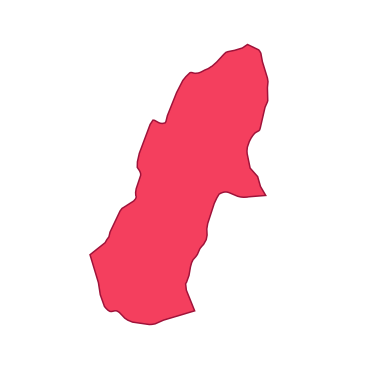 Cuscatlán, orthographic projection, rotated 53°
{"feature_id": "SLV-1345", "entity_name": "Cuscatlán", "entity_type": "Department", "adm_level": 1, "iso_a3": "SLV", "parent_name": "El Salvador", "parent_adm1": "", "projection": "orthographic", "projection_center": [-89.024, 13.859], "detail": "fine", "context": "isolated", "style": "filled", "palette": "rose", "viewbox_px": 384, "rotation_deg": 53, "n_neighbors": 0, "source": "natural_earth", "source_scale": "10m", "svg_char_len": 1705}
<svg xmlns="http://www.w3.org/2000/svg" viewBox="0 0 384 384"><g transform="rotate(53 192 192)"><path d="M239.1,135.2L229.9,149.7L229.2,151.1L227.3,153.9L225.3,156.1L222.9,158.1L214.6,162.9L213.3,163.9L212.3,165.0L211.4,166.4L210.8,167.9L210.3,169.7L210.0,171.6L211.6,175.6L214.5,181.1L226.6,198.4L230.4,202.4L235.5,205.9L238.6,209.3L240.8,214.3L241.3,217.1L242.0,219.8L245.1,225.3L245.9,227.8L246.7,231.9L248.2,234.8L250.8,238.2L256.8,244.6L260.8,250.7L261.4,252.3L267.0,255.6L288.5,261.4L277.2,291.8L275.1,300.8L273.6,303.7L272.2,305.8L260.1,317.8L255.7,320.4L252.3,321.6L244.5,322.5L242.8,323.1L241.5,323.8L240.5,325.0L239.1,328.1L238.1,329.3L236.8,329.9L235.6,330.3L232.8,330.7L230.7,330.8L218.9,327.1L208.1,321.3L180.7,311.2L180.2,291.9L178.8,288.7L177.8,285.3L174.7,281.6L163.9,260.9L163.0,257.8L164.1,244.0L163.5,241.2L162.4,239.5L160.8,238.9L158.4,237.3L155.8,234.6L147.9,223.1L146.7,222.1L145.2,221.5L143.4,221.1L139.4,220.9L135.0,217.4L129.4,210.8L112.8,184.7L111.1,179.9L112.2,178.8L116.7,176.8L118.3,175.7L119.5,174.3L120.6,172.0L120.1,170.5L116.2,165.7L103.3,144.4L97.4,132.2L96.2,127.4L95.5,121.9L95.9,120.9L96.8,120.0L98.0,119.1L99.1,118.1L100.7,115.5L101.3,113.9L101.7,112.2L102.3,108.4L103.2,104.9L103.4,102.3L103.4,101.6L103.6,100.4L103.1,94.2L101.2,83.7L100.9,80.9L101.5,78.9L104.5,72.7L107.3,65.1L107.6,58.9L118.6,53.2L120.5,53.2L122.6,53.5L130.4,57.4L146.4,63.2L149.6,64.9L154.1,69.0L164.6,76.5L165.5,77.7L168.3,82.7L181.9,98.9L183.1,100.6L183.3,101.7L183.3,101.8L182.9,104.6L182.8,106.3L183.1,107.9L183.5,109.5L184.5,112.4L186.2,115.9L189.5,120.8L192.3,123.4L194.6,124.9L207.9,131.2L219.2,130.3L228.8,134.0L239.1,135.2Z" fill="#f43f5e" stroke="#9f1239" stroke-width="1.5"/></g></svg>